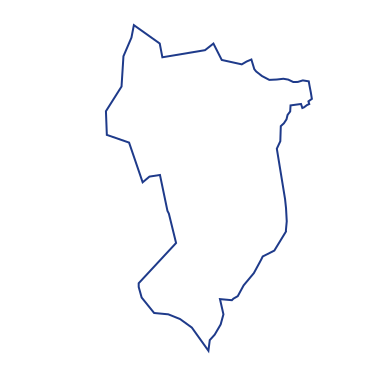 Olorunda, Osun, Nigeria (Equal Earth projection), rotated 191°
{"feature_id": "59680162B28193395760126", "entity_name": "Olorunda", "entity_type": "district", "adm_level": 2, "iso_a3": "NGA", "parent_name": "Nigeria", "parent_adm1": "Osun", "projection": "equal_earth", "projection_center": [4.578, 7.861], "detail": "fine", "context": "isolated", "style": "outline", "palette": "blue", "viewbox_px": 384, "rotation_deg": 191, "n_neighbors": 0, "source": "geoboundaries", "source_scale": "gbopen_adm2", "svg_char_len": 1083}
<svg xmlns="http://www.w3.org/2000/svg" viewBox="0 0 384 384"><g transform="rotate(191 192 192)"><path d="M286.5,231.8L263.2,228.5L242.3,192.1L236.7,199.0L226.7,202.6L212.5,168.8L210.6,166.4L197.9,138.9L226.9,92.3L226.9,92.1L226.2,88.6L221.3,78.8L206.1,66.0L191.9,67.4L179.5,65.0L166.3,58.9L145.6,39.3L146.3,50.0L142.5,56.3L138.6,67.4L137.8,77.9L144.1,92.2L132.2,93.4L131.0,95.2L127.2,98.5L123.5,110.2L115.8,124.2L111.2,138.8L110.3,142.2L100.0,150.2L92.2,171.2L92.5,172.2L93.4,181.3L96.6,194.0L99.3,202.8L117.0,250.7L115.0,258.7L117.4,273.6L114.9,277.0L113.1,281.4L112.9,285.9L111.0,289.8L111.8,295.8L101.8,299.2L101.4,298.5L99.7,295.5L98.2,296.5L95.7,299.3L93.7,300.7L95.0,303.2L92.1,306.3L94.4,312.5L96.9,318.7L98.5,322.9L104.5,322.7L109.2,320.2L113.6,319.3L119.0,320.7L123.9,320.6L130.2,318.6L137.5,316.8L145.5,319.2L152.1,322.6L154.3,324.5L159.0,333.4L163.3,330.5L167.5,326.8L188.0,327.3L199.3,341.8L201.7,339.0L206.3,333.7L246.8,318.6L252.0,331.6L280.9,344.7L280.9,332.0L285.2,312.2L281.3,282.1L291.9,254.9L286.5,231.8Z" fill="none" stroke="#1e3a8a" stroke-width="2"/></g></svg>